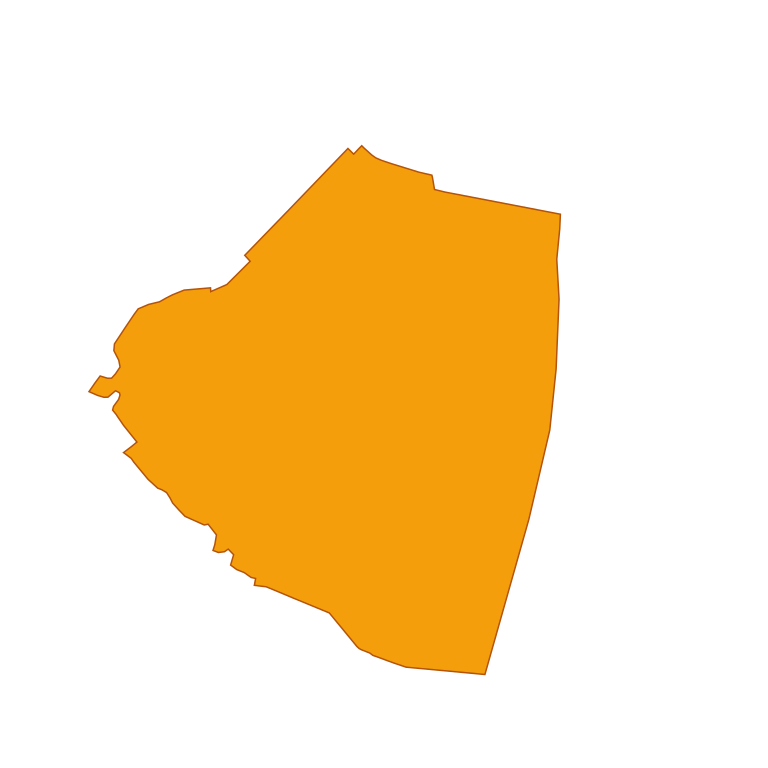 outline of Hoan Kiem, Ha Noi, Vietnam, rotated 34°
{"feature_id": "81297802B21956500009646", "entity_name": "Hoan Kiem", "entity_type": "district", "adm_level": 2, "iso_a3": "VNM", "parent_name": "Vietnam", "parent_adm1": "Ha Noi", "projection": "mercator", "projection_center": [105.85, 21.03], "detail": "fine", "context": "isolated", "style": "filled", "palette": "amber", "viewbox_px": 768, "rotation_deg": 34, "n_neighbors": 0, "source": "geoboundaries", "source_scale": "gbopen_adm2", "svg_char_len": 1670}
<svg xmlns="http://www.w3.org/2000/svg" viewBox="0 0 768 768"><g transform="rotate(34 384 384)"><path d="M158.9,428.1L155.6,434.0L151.9,441.4L144.4,449.6L138.2,459.1L137.9,465.7L137.9,481.1L138.1,501.5L141.4,507.4L150.8,512.6L154.7,516.5L155.7,517.6L155.7,525.8L154.9,531.5L151.6,533.8L144.2,536.1L143.8,544.9L143.7,555.3L153.0,553.6L159.3,551.6L162.5,549.3L165.2,539.7L169.6,539.2L171.3,540.8L172.6,545.1L172.3,553.8L173.6,557.4L178.9,559.0L181.3,560.0L183.3,560.8L191.4,564.0L211.6,570.3L209.7,576.8L206.4,586.5L216.0,587.0L220.3,588.7L241.8,595.0L254.6,596.9L258.9,595.9L264.5,595.6L270.5,598.2L275.4,600.9L284.7,603.2L292.6,604.9L293.1,605.0L313.8,601.4L316.6,598.6L329.5,602.8L333.6,611.9L335.3,617.6L340.9,616.3L345.5,612.3L347.2,608.0L354.8,609.6L358.1,619.9L365.7,620.2L373.6,618.5L382.0,618.7L386.3,617.0L389.1,623.4L392.0,621.9L392.5,621.7L399.7,618.0L417.4,614.4L428.6,612.2L429.1,612.1L430.5,611.8L466.7,604.4L481.2,608.7L491.0,611.6L495.4,612.9L508.1,616.7L511.2,617.2L513.6,617.0L522.7,615.0L526.4,615.2L527.3,615.0L528.5,614.7L529.9,614.3L536.4,612.7L541.9,611.4L543.0,611.1L544.6,610.7L546.2,610.3L547.9,609.9L560.7,606.4L630.1,568.4L579.8,415.3L547.2,329.5L539.9,315.8L518.4,275.5L481.7,215.8L457.5,184.0L443.1,157.4L435.3,144.6L327.4,190.7L317.1,194.5L311.2,188.3L308.7,185.7L306.9,184.1L294.4,188.9L282.1,192.6L273.5,195.2L267.9,196.9L264.1,198.0L256.8,200.0L250.8,201.1L249.4,201.1L245.8,201.0L235.3,199.5L234.8,199.4L232.3,198.9L231.5,203.1L230.3,210.4L222.4,208.9L207.7,293.1L207.6,293.9L207.3,295.3L196.6,355.2L204.4,357.1L198.1,389.4L188.7,404.3L186.4,401.3L165.8,417.9L158.9,428.1Z" fill="#f59e0b" stroke="#b45309" stroke-width="1.5"/></g></svg>